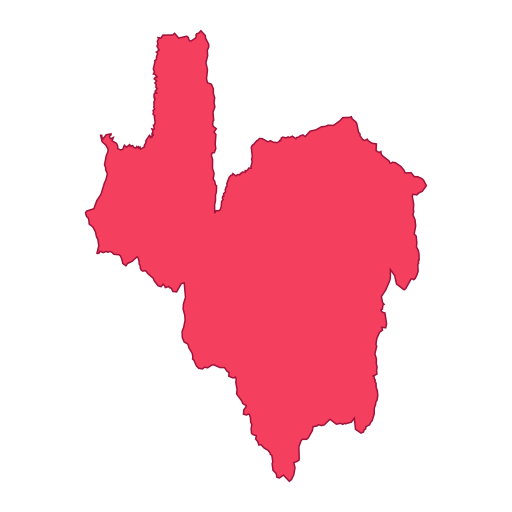 outline of Pacho, Cundinamarca, Colombia
{"feature_id": "7082276B92865884587662", "entity_name": "Pacho", "entity_type": "district", "adm_level": 2, "iso_a3": "COL", "parent_name": "Colombia", "parent_adm1": "Cundinamarca", "projection": "equal_earth", "projection_center": [-74.189, 5.166], "detail": "fine", "context": "isolated", "style": "filled", "palette": "rose", "viewbox_px": 512, "rotation_deg": 0, "n_neighbors": 0, "source": "geoboundaries", "source_scale": "gbopen_adm2", "svg_char_len": 6036}
<svg xmlns="http://www.w3.org/2000/svg" viewBox="0 0 512 512"><path d="M298.9,137.1L296.8,137.4L295.8,138.7L292.4,136.2L289.7,137.5L288.1,136.9L285.9,137.9L282.7,137.1L281.3,138.0L280.7,140.5L279.6,140.5L279.5,141.3L277.3,142.6L273.0,142.2L270.5,140.7L267.9,141.8L262.3,138.7L259.4,138.5L257.5,140.7L256.8,140.6L253.3,144.8L252.5,145.0L251.3,147.3L252.3,156.6L251.6,159.2L252.2,161.9L250.9,166.7L251.1,168.2L248.6,168.1L247.9,169.7L246.5,170.9L245.3,170.5L245.2,172.2L242.3,172.1L241.5,173.2L240.5,173.3L239.8,174.8L237.9,174.5L235.8,175.8L232.8,173.6L232.3,175.0L231.1,175.2L229.2,177.3L226.8,183.6L227.1,185.9L226.2,186.8L225.2,189.9L225.5,192.0L223.7,193.5L223.6,196.3L222.6,196.4L222.4,198.4L223.1,199.7L221.6,201.4L221.2,206.9L220.3,209.3L219.5,210.6L216.0,210.7L214.7,213.2L214.6,204.9L215.5,200.7L215.5,195.2L216.4,191.9L216.6,185.9L215.4,184.7L214.7,181.2L213.2,179.1L214.1,173.5L212.5,168.3L212.6,159.5L211.3,155.1L212.2,152.8L214.3,152.7L215.8,148.6L215.2,144.3L215.9,134.3L214.0,132.2L216.3,128.7L213.4,126.5L212.7,125.0L213.0,121.1L213.7,120.3L213.0,112.2L214.9,106.9L214.0,103.0L214.7,97.9L213.4,93.7L213.3,88.7L211.4,84.2L207.5,82.8L206.5,78.8L207.5,69.9L205.9,62.6L207.7,55.7L207.3,50.2L208.7,47.3L208.7,44.4L205.6,38.2L205.2,35.5L200.9,30.7L198.9,33.0L196.6,33.8L195.9,35.1L196.3,36.3L195.7,37.9L191.1,41.0L189.6,40.8L188.5,38.8L188.5,37.6L186.8,36.2L178.7,38.1L174.6,33.3L172.7,35.0L162.9,35.1L161.0,38.1L158.0,37.6L158.6,39.0L157.3,41.3L158.1,44.8L157.3,45.1L157.0,46.4L159.1,49.9L158.2,50.1L158.0,51.2L156.4,52.1L157.3,52.8L157.5,54.1L156.5,56.6L156.4,59.5L154.8,60.6L154.9,62.2L153.3,69.0L154.4,72.0L153.4,74.0L154.7,74.1L157.0,76.8L156.6,77.5L155.4,77.3L154.2,78.9L156.7,80.9L154.9,83.0L156.2,84.6L155.9,87.5L157.3,88.6L155.1,91.2L156.7,93.0L154.7,93.1L154.1,94.2L153.9,96.9L154.9,98.0L154.3,98.7L155.0,99.7L153.9,101.9L154.1,106.0L153.7,107.0L154.7,109.1L153.1,110.3L153.5,112.8L153.0,114.0L154.9,116.1L154.3,116.9L155.1,122.0L154.7,124.5L153.4,125.2L154.4,128.8L153.8,129.4L151.9,128.9L153.0,131.5L152.0,133.6L153.0,134.0L153.2,135.1L152.1,135.0L152.1,136.8L151.0,136.4L150.7,137.4L149.4,135.4L145.9,140.7L145.9,142.7L144.3,145.4L144.5,146.8L140.5,149.1L140.0,147.1L138.9,148.0L138.5,146.8L137.7,147.6L136.8,146.5L135.7,148.2L133.5,147.1L132.7,145.6L131.8,146.2L130.8,145.5L130.0,146.2L129.5,144.7L126.5,147.2L124.4,145.2L122.9,149.1L120.7,150.0L117.8,148.7L117.7,146.2L116.5,143.3L112.1,140.8L113.3,137.5L110.9,138.7L109.7,137.6L109.5,136.2L111.1,134.8L111.0,133.8L106.2,134.8L103.1,138.7L102.0,137.8L101.7,135.3L100.6,135.3L102.1,141.7L105.8,145.1L108.0,149.0L108.0,151.5L106.3,155.5L104.5,164.8L105.6,167.5L105.7,170.0L107.4,173.7L105.9,179.9L104.4,183.0L101.0,194.3L96.8,200.6L93.9,208.7L86.8,211.0L85.6,212.5L85.9,214.6L86.9,216.9L88.0,217.6L88.9,220.4L89.2,224.1L92.7,226.7L95.4,231.7L96.6,237.2L97.8,239.1L98.8,245.8L96.8,253.9L97.6,252.9L98.8,253.4L100.0,251.3L103.3,252.6L106.3,251.4L107.6,252.2L109.8,251.5L111.9,252.2L113.9,254.3L119.2,254.8L120.4,255.9L121.7,258.9L122.8,263.5L125.9,265.8L127.4,263.6L132.3,261.2L136.9,256.9L137.8,257.1L139.1,261.3L139.1,264.0L140.3,265.8L140.2,267.7L141.3,270.2L142.8,271.1L145.6,270.7L148.1,273.9L153.2,278.2L154.2,280.8L158.1,285.8L161.1,286.7L163.1,284.3L164.7,285.7L165.3,287.6L168.7,286.5L169.5,287.7L171.3,288.2L172.9,291.5L176.6,291.9L181.3,283.6L184.2,282.9L185.5,297.3L183.4,304.1L183.1,309.0L184.8,315.4L185.1,320.2L183.6,327.6L182.1,331.3L182.3,337.5L184.1,341.9L187.9,344.2L189.0,348.0L192.2,353.3L192.8,356.3L192.6,359.1L193.9,360.2L196.5,366.0L198.7,368.3L202.5,368.9L204.5,367.2L207.6,367.8L211.8,365.1L213.7,364.8L220.1,367.6L224.5,367.6L227.0,371.2L229.0,372.6L228.8,376.2L232.5,377.8L234.1,377.9L235.4,377.1L236.2,379.4L235.8,382.5L237.1,389.7L236.6,393.9L241.8,401.0L242.8,403.6L246.2,405.6L246.1,406.7L243.8,409.8L243.5,414.2L246.5,415.0L248.7,414.0L249.3,414.4L250.4,417.3L250.7,422.2L251.8,424.6L251.1,428.7L251.5,433.2L252.9,434.6L256.3,435.7L255.7,439.1L257.8,441.7L258.8,445.0L261.0,444.7L264.1,448.0L268.0,450.3L270.2,453.0L270.2,454.2L271.8,455.3L272.8,461.9L272.1,463.7L273.0,470.3L276.2,473.6L276.9,477.2L279.4,478.0L283.4,475.1L289.3,481.3L291.5,479.5L293.8,474.6L295.0,467.8L293.8,462.6L297.2,461.4L299.2,459.8L298.9,446.7L301.1,440.7L302.4,439.3L306.7,439.3L308.3,437.8L312.3,430.7L313.1,426.6L316.8,426.1L318.3,424.7L321.5,425.6L324.2,424.9L330.0,419.3L336.4,424.2L340.8,423.3L342.7,424.4L344.6,423.3L345.6,423.8L351.4,422.1L354.3,418.1L355.5,429.3L361.0,433.1L363.5,432.0L364.1,429.9L365.7,428.8L365.9,426.6L369.6,424.8L370.7,422.2L372.1,420.7L374.2,414.0L374.3,408.2L375.7,404.0L375.7,402.4L377.0,400.2L377.8,395.5L377.3,390.5L376.2,387.6L376.0,383.0L374.8,381.2L375.3,380.0L374.4,378.9L374.0,376.5L373.2,376.0L376.9,374.2L376.6,370.4L377.1,366.9L376.3,363.8L376.4,358.8L374.9,353.9L376.7,346.1L376.0,344.9L376.1,343.1L376.8,338.5L379.6,332.2L382.5,330.2L381.7,327.4L385.7,327.8L386.6,323.8L384.9,312.9L382.7,312.4L381.1,310.6L381.3,309.6L382.4,309.1L382.9,305.1L384.1,304.4L382.5,302.4L381.4,296.5L385.8,289.8L389.6,280.9L390.4,278.1L390.4,269.6L394.7,275.6L396.5,284.0L403.7,289.6L404.6,289.7L405.9,288.3L411.0,279.1L412.2,278.8L413.7,279.7L415.2,278.5L416.8,275.1L418.1,271.4L417.8,264.6L418.6,263.2L418.4,260.6L419.1,260.1L419.0,254.3L418.3,250.4L416.5,247.2L416.8,242.5L416.2,236.2L414.2,234.0L415.7,225.8L415.0,219.7L412.9,214.8L413.8,211.2L413.4,209.8L413.7,204.3L412.3,196.1L412.9,194.3L416.8,194.9L419.3,192.6L422.2,191.4L426.4,185.7L423.6,180.3L422.0,178.7L417.7,176.7L414.4,176.7L411.0,172.7L405.2,172.9L403.6,169.7L400.7,166.3L395.4,162.7L392.5,162.2L391.3,163.2L389.9,163.0L389.1,161.0L382.1,155.5L381.2,153.8L380.9,151.5L379.1,152.5L376.1,150.7L376.4,143.9L371.8,143.2L367.9,140.5L367.4,139.2L364.3,140.5L362.5,139.3L360.0,135.7L360.0,133.9L358.6,132.3L356.7,123.4L355.8,121.9L352.3,119.0L351.3,116.7L349.6,117.4L342.8,117.6L339.9,120.8L333.5,125.4L327.9,125.2L325.5,126.4L321.6,126.7L316.0,129.8L310.0,131.2L305.2,136.6L302.9,134.9L299.9,136.0L298.9,137.1Z" fill="#f43f5e" stroke="#9f1239" stroke-width="1.5"/></svg>